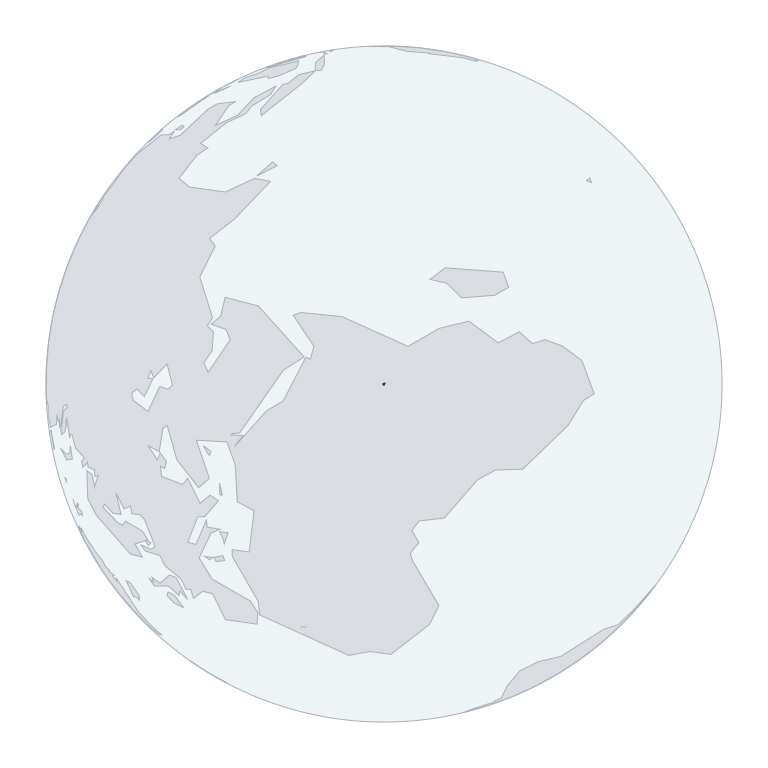 Kapchorwa on an orthographic globe, rotated 251°
{"feature_id": "UGA-3112", "entity_name": "Kapchorwa", "entity_type": "District", "adm_level": 1, "iso_a3": "UGA", "parent_name": "Uganda", "parent_adm1": "", "projection": "orthographic", "projection_center": [34.481, 1.268], "detail": "fine", "context": "on_globe", "style": "filled", "palette": "blue", "viewbox_px": 768, "rotation_deg": 251, "n_neighbors": 0, "source": "natural_earth", "source_scale": "10m", "svg_char_len": 6720}
<svg xmlns="http://www.w3.org/2000/svg" viewBox="0 0 768 768"><g transform="rotate(251 384 384)"><circle cx="384" cy="384" r="338" fill="#eef3f6" stroke="#a8b0b8"/><path d="M186.0,110.2L181.9,113.2L176.6,117.2L174.0,119.3L186.0,110.2ZM47.6,351.5L47.9,359.8L47.8,374.5L47.3,383.3L48.5,386.3L48.6,392.2L58.8,402.9L68.5,418.8L71.2,439.4L68.9,462.4L80.6,512.0L80.3,527.1L89.5,546.9L105.3,575.0L104.9,574.6L91.1,552.5L78.9,529.3L68.6,505.4L60.2,480.6L53.7,455.3L49.2,429.6L46.7,403.6L46.1,377.5L47.6,351.5ZM651.4,177.3L649.9,175.5L644.5,168.8L646.5,172.2L638.9,162.9L644.2,171.1L651.0,179.2L652.1,178.8L659.9,191.2L671.2,206.8L681.4,224.5L692.1,254.2L689.7,262.4L691.4,268.3L685.8,260.9L685.4,272.1L701.3,307.5L703.2,317.6L699.3,335.9L698.0,328.3L683.4,308.7L685.6,332.9L696.9,354.2L700.9,379.0L694.5,370.7L689.8,349.0L684.6,341.4L682.4,320.2L671.2,288.9L664.4,294.3L661.5,282.0L645.1,257.0L633.4,264.4L617.2,296.5L620.6,328.4L612.5,342.6L588.7,296.5L578.4,266.4L569.5,269.3L545.2,244.7L502.5,243.5L496.7,236.0L488.6,239.6L471.5,232.4L462.7,220.6L452.3,221.5L475.9,253.0L487.1,252.4L496.8,240.0L501.2,251.6L517.7,262.0L498.6,290.6L435.6,317.3L430.0,293.6L384.8,231.7L386.4,224.9L386.3,224.1L385.8,222.8L381.1,233.8L373.5,222.3L397.0,264.4L400.8,283.2L434.7,318.7L431.4,322.5L442.5,330.0L478.6,320.6L478.7,328.7L461.3,366.4L411.7,419.0L418.7,454.4L415.7,484.8L385.7,505.4L389.3,528.9L373.9,537.4L373.5,550.7L361.7,565.1L341.6,578.8L306.4,579.5L303.5,567.4L284.7,544.1L258.3,487.5L266.4,461.3L262.9,441.2L237.6,397.3L243.1,372.7L236.5,362.6L222.8,365.4L215.3,353.5L207.0,353.5L156.6,363.8L141.9,348.8L126.1,302.5L135.7,283.5L138.8,262.4L206.2,191.2L219.1,194.3L270.6,184.4L276.8,186.6L269.1,201.8L306.5,219.9L320.4,206.9L355.9,217.0L380.4,216.6L391.9,188.3L351.7,188.2L346.3,175.0L379.8,163.4L415.1,165.5L414.2,160.6L393.1,149.4L402.6,140.9L386.0,145.0L391.7,149.9L381.5,153.1L375.6,149.0L379.2,145.8L368.9,143.7L354.5,160.9L358.8,167.7L331.0,171.3L335.5,183.4L327.5,189.4L316.9,171.2L319.0,164.6L298.2,146.9L293.5,153.9L312.8,171.6L306.2,170.3L300.0,181.7L299.5,172.0L279.7,152.6L255.5,157.9L222.3,187.0L208.7,190.3L198.3,185.6L212.8,157.4L241.6,153.6L247.1,145.1L243.4,134.1L252.5,134.4L254.5,129.9L265.6,128.7L283.2,117.8L294.8,116.3L303.7,104.0L310.9,102.0L303.6,109.5L304.7,114.7L333.7,113.4L339.9,110.8L343.4,103.3L350.9,104.6L350.6,97.6L368.2,95.1L346.4,92.9L349.9,85.8L361.5,80.6L358.8,78.3L339.7,86.9L335.6,91.0L338.4,94.8L323.9,107.5L313.5,110.0L313.8,96.5L299.1,99.1L305.8,88.8L353.2,69.4L372.0,66.6L398.8,74.8L393.4,78.4L381.0,76.8L390.6,84.0L390.7,80.6L397.0,82.2L401.9,77.2L406.6,78.2L403.3,72.2L409.5,72.9L411.5,76.7L424.2,71.4L437.8,72.6L438.4,71.1L435.2,69.2L454.6,72.9L454.1,71.7L447.6,69.9L442.6,66.6L441.2,62.6L448.0,64.1L449.4,65.7L462.6,72.0L465.3,77.0L467.9,77.3L467.2,73.4L451.1,65.6L448.4,62.9L456.9,66.1L453.6,64.7L454.3,63.9L461.4,64.8L452.5,61.3L451.6,54.5L465.3,56.7L472.9,59.5L479.5,59.9L484.5,61.4L508.8,70.0L532.4,80.4L555.1,92.6L576.8,106.5L597.4,122.0L616.8,139.1L634.8,157.5L651.4,177.3ZM181.5,225.8L179.3,232.0L181.5,225.8ZM452.0,183.7L473.6,185.4L464.8,168.3L472.4,167.9L466.6,162.6L464.1,167.1L450.1,153.3L459.7,149.0L457.6,142.4L450.2,141.6L434.8,151.9L454.7,171.2L449.4,177.9L452.0,183.7ZM169.0,123.3L174.3,119.1L166.0,125.8L160.3,131.1L152.3,138.5L156.9,134.0L153.0,137.4L154.8,135.7L169.0,123.3ZM254.6,110.0L257.7,112.1L252.4,117.1L237.7,121.7L245.2,114.3L254.6,110.0ZM263.2,114.2L267.7,101.1L277.0,98.6L271.0,102.0L276.7,101.7L268.6,107.3L273.2,118.9L268.8,124.3L244.1,128.3L254.6,123.6L250.9,121.4L263.2,114.2ZM262.6,81.1L264.6,77.9L282.1,76.2L278.2,79.6L263.4,83.7L259.2,82.2L262.6,81.1ZM333.3,49.9L337.3,49.3L335.9,49.9L341.1,49.1L348.9,48.5L348.8,49.4L342.0,49.7L346.8,50.8L337.1,51.9L338.2,51.9L330.5,53.5L323.3,55.9L319.1,56.3L318.1,57.1L313.0,58.5L310.1,60.0L301.6,61.5L297.5,63.6L295.8,63.3L291.0,66.6L290.8,64.9L284.2,67.3L287.9,67.7L248.9,77.5L232.7,84.6L219.3,91.9L220.8,89.4L234.2,81.5L253.0,72.7L268.4,66.9L266.3,67.4L273.0,65.0L271.9,65.6L277.6,63.3L282.9,61.7L299.6,56.8L300.6,56.5L333.3,49.9ZM342.8,48.6L340.9,48.8L338.7,49.1L342.8,48.6ZM284.8,180.9L289.7,181.4L297.8,180.5L294.0,188.1L284.8,180.9ZM270.8,167.6L275.5,166.5L274.1,175.8L268.9,175.8L270.8,167.6ZM279.2,158.5L275.8,165.7L274.6,161.8L279.2,158.5ZM308.0,108.5L313.1,107.4L313.1,109.1L309.8,111.9L308.0,108.5ZM361.0,56.7L357.9,55.9L359.7,55.4L359.3,52.9L366.5,52.5L369.5,53.8L361.0,56.7ZM384.5,193.1L376.7,198.5L373.3,195.8L376.6,194.5L384.5,193.1ZM332.7,192.8L344.0,196.3L331.5,194.9L332.7,192.8ZM368.7,55.8L367.7,54.7L372.0,55.3L368.7,55.8ZM371.7,52.2L376.8,52.5L367.3,52.2L371.7,52.2ZM510.4,641.6L511.8,645.6L506.9,645.9L510.4,641.6ZM473.9,479.7L450.9,533.1L434.9,533.4L431.8,517.7L440.2,485.4L458.8,476.2L467.9,461.5L473.9,479.7ZM715.7,440.8L716.1,443.0L715.8,444.5L715.7,440.8ZM715.5,434.6L716.6,435.8L714.7,438.0L715.5,434.6ZM716.9,436.3L717.9,434.0L718.4,431.8L717.9,435.0L716.9,436.3ZM714.4,434.3L705.5,431.7L701.0,426.7L702.9,421.1L710.2,423.8L714.4,434.3ZM702.5,420.8L694.5,403.4L677.7,355.4L683.8,356.5L700.2,386.0L699.4,390.9L704.2,404.4L702.5,420.8ZM718.6,393.8L717.5,408.7L713.4,406.1L711.1,403.1L709.6,383.6L710.5,374.1L712.7,374.8L716.7,344.2L719.0,352.8L718.7,365.9L720.3,379.4L718.6,393.8ZM622.2,331.5L630.2,350.9L625.2,354.0L622.2,331.5ZM715.0,322.7L715.6,335.8L714.0,318.0L715.0,322.7ZM712.1,306.0L713.8,313.0L711.8,305.9L712.1,306.0ZM694.4,277.5L692.3,278.7L690.7,273.9L692.4,269.7L694.4,277.5ZM689.1,240.0L695.0,253.5L696.7,258.1L692.9,249.5L689.1,240.0ZM428.6,57.3L421.2,60.6L420.6,64.1L427.7,67.4L414.5,64.9L415.4,59.3L428.6,57.3ZM448.1,54.3L441.8,52.5L446.5,53.2L448.6,53.7L448.1,54.3ZM442.9,53.3L431.4,51.6L429.2,50.6L438.6,52.1L442.9,53.3ZM400.0,51.8L397.3,52.5L393.9,51.9L400.0,51.8ZM664.9,571.9L658.8,578.8L659.7,574.9L666.7,565.0L681.7,534.0L682.1,534.9L690.8,514.4L701.5,498.2L708.7,477.4L700.6,502.3L690.5,526.4L678.6,549.6L664.9,571.9ZM716.9,441.9L716.5,444.2L717.1,440.7L716.9,441.9ZM721.8,376.6L721.0,383.2L721.2,392.8L721.8,387.8L721.3,395.6L720.7,411.8L720.1,417.4L720.9,399.9L719.5,417.1L719.1,416.3L719.8,401.3L720.8,383.7L721.2,376.7L721.8,375.7L721.8,376.6ZM719.7,345.4L718.7,338.1L718.9,342.0L717.5,329.8L719.7,345.4ZM716.5,323.8L716.9,327.3L715.4,318.2L716.5,323.8ZM716.0,323.1L714.3,314.7L714.9,316.3L716.0,323.1ZM709.8,296.2L713.9,310.7L711.3,303.6L703.8,277.2L704.3,277.2L709.8,296.2Z" fill="#d9dde1" stroke="#a8b0b8" stroke-width="1"/><path d="M384.5,385.0L384.4,385.1L384.2,385.0L384.3,384.6L384.3,384.4L384.1,384.3L383.7,384.1L383.1,383.8L383.0,383.7L383.1,383.3L383.3,383.2L383.7,382.9L383.9,383.1L384.3,383.2L384.5,383.4L384.5,383.6L384.4,384.0L384.4,384.4L384.4,384.7L384.5,385.0L384.5,385.0Z" fill="#3b82f6" stroke="#1e3a8a" stroke-width="1.5"/></g></svg>